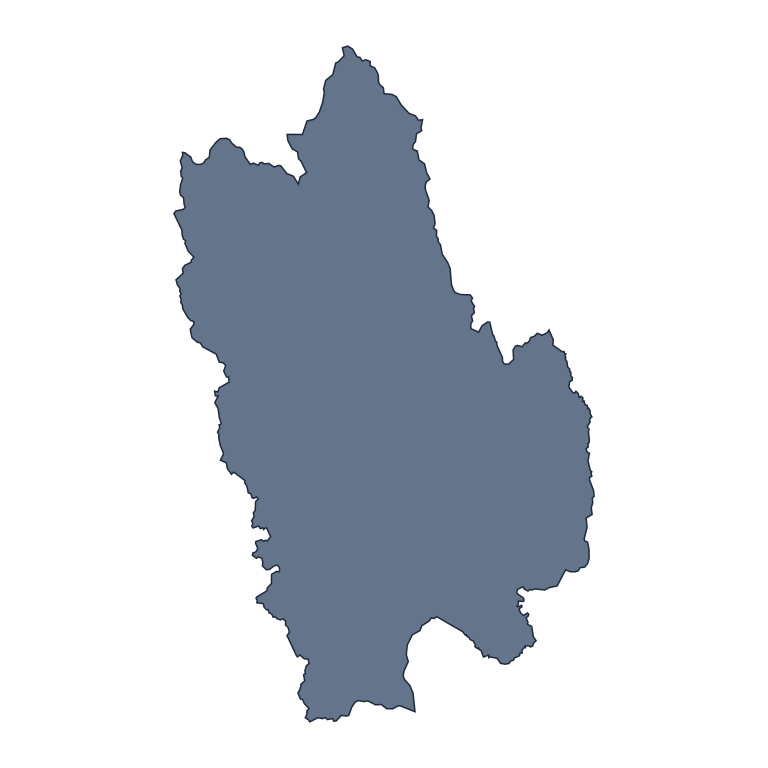 the district of Mariscal Caceres, San Martín, Peru
{"feature_id": "86281439B62722708065748", "entity_name": "Mariscal Caceres", "entity_type": "district", "adm_level": 2, "iso_a3": "PER", "parent_name": "Peru", "parent_adm1": "San Martín", "projection": "natural_earth1", "projection_center": [-77.093, -7.224], "detail": "fine", "context": "isolated", "style": "filled", "palette": "slate", "viewbox_px": 768, "rotation_deg": 0, "n_neighbors": 0, "source": "geoboundaries", "source_scale": "gbopen_adm2", "svg_char_len": 6107}
<svg xmlns="http://www.w3.org/2000/svg" viewBox="0 0 768 768"><path d="M552.9,345.2L553.3,339.8L549.0,329.9L547.4,332.6L542.2,335.2L537.3,333.3L534.3,336.3L530.7,337.5L529.1,341.4L527.2,343.1L525.3,342.8L522.2,346.7L517.3,345.4L515.3,346.2L513.1,349.9L513.6,359.5L508.6,364.1L505.2,364.1L503.8,363.6L502.5,360.9L502.4,357.3L497.2,346.0L496.6,341.9L495.4,341.1L494.0,336.0L492.7,334.6L489.8,322.2L487.8,321.9L482.2,325.6L478.6,332.1L470.9,328.7L470.8,323.7L472.6,321.0L471.4,315.8L474.3,312.8L473.6,308.5L474.6,306.5L471.2,301.1L472.5,298.0L470.2,294.9L460.3,294.5L455.4,292.6L453.7,290.6L451.5,284.6L450.1,268.3L447.6,262.4L442.3,254.3L440.4,244.6L438.1,241.7L438.2,238.7L436.5,236.5L436.6,230.3L433.5,228.1L435.1,223.7L434.1,215.3L431.6,210.4L428.0,206.8L429.2,200.4L425.4,189.6L425.2,185.7L426.3,182.0L430.0,179.0L426.7,172.8L424.5,163.8L419.0,159.9L417.3,151.1L413.1,149.3L412.7,148.1L413.2,144.3L415.5,141.6L416.5,133.8L421.7,130.8L421.0,127.6L422.6,119.6L418.6,120.3L415.4,115.8L409.1,113.4L401.1,104.8L396.3,96.7L392.0,94.4L384.0,93.7L383.4,87.8L380.0,85.0L378.5,81.7L378.4,75.7L377.5,72.9L374.6,67.8L370.1,65.7L370.2,61.5L366.1,59.8L362.1,60.8L359.9,57.4L357.0,56.8L352.7,49.2L347.8,46.1L342.4,47.8L344.2,55.7L338.3,61.9L335.7,63.0L332.8,74.6L325.7,80.4L323.5,89.3L324.3,92.2L322.7,102.2L319.3,112.2L315.9,117.5L313.8,119.3L307.0,121.0L302.4,134.5L287.1,134.4L287.9,140.6L292.0,148.7L297.6,152.0L298.5,158.7L301.0,161.2L306.6,172.6L300.2,176.9L298.3,184.1L293.4,176.2L286.9,173.6L280.7,165.7L278.4,165.4L274.1,167.0L268.6,163.4L264.2,163.9L261.9,162.4L259.7,163.0L258.3,165.4L253.5,163.1L250.3,164.3L245.2,157.1L243.5,151.1L241.8,148.7L239.5,147.2L236.5,147.3L231.4,142.7L229.9,139.9L226.7,138.3L220.2,138.7L216.1,142.2L210.0,150.1L209.3,157.4L205.6,159.9L203.6,163.0L200.4,164.5L195.7,164.2L192.5,161.7L190.8,157.1L184.8,152.7L182.4,152.4L182.9,154.7L180.3,161.1L182.2,167.8L180.7,171.0L181.2,176.2L182.7,178.0L180.5,185.0L179.7,191.6L180.5,195.0L183.5,197.8L184.2,204.9L185.3,207.1L183.4,209.3L175.8,211.0L173.9,213.6L181.9,230.0L182.2,235.4L183.6,239.3L185.6,240.6L184.9,243.4L188.3,251.3L193.9,257.2L191.4,260.1L190.9,262.4L184.7,265.4L182.4,268.8L183.1,273.3L176.0,279.8L177.3,284.7L180.0,288.5L179.8,291.6L181.1,293.6L179.9,296.0L181.2,299.4L180.7,302.5L182.4,304.7L182.8,308.9L188.0,317.8L190.9,320.6L194.0,321.6L193.7,324.7L190.2,329.2L192.0,337.7L197.5,342.4L200.2,342.8L202.9,347.0L216.3,354.2L219.2,362.1L223.4,363.0L225.7,365.6L223.7,371.1L226.5,377.0L228.5,376.8L229.1,382.1L219.3,387.7L217.8,391.9L214.6,391.1L215.4,395.9L218.2,395.9L214.8,402.6L218.1,408.5L219.3,417.6L221.2,423.0L221.0,424.1L219.1,424.8L219.7,428.0L217.5,432.2L219.0,434.7L218.7,437.7L220.2,445.2L223.6,453.6L220.4,460.3L226.3,462.8L227.4,468.5L231.4,474.3L233.9,472.2L245.0,480.6L244.7,482.5L246.9,486.3L248.3,492.9L250.9,493.8L252.2,497.9L253.9,498.4L256.4,496.9L258.3,498.8L255.6,501.5L255.2,510.6L253.4,512.6L254.0,516.8L251.6,520.7L252.9,523.6L251.8,526.1L253.0,528.0L258.7,526.0L260.2,528.6L262.7,527.8L263.7,529.6L265.4,527.9L266.8,528.2L270.6,536.7L267.3,540.8L265.3,540.3L263.8,541.3L261.4,539.7L255.9,541.5L255.6,543.5L257.8,548.5L255.8,551.9L252.8,553.0L252.4,555.3L256.4,558.3L258.2,557.0L261.7,558.2L262.8,562.0L262.4,565.9L266.4,569.8L269.6,569.4L274.0,566.0L277.1,565.1L279.0,566.9L279.8,570.0L279.1,571.8L276.7,571.3L271.5,574.4L271.5,583.4L267.4,587.8L266.6,591.0L256.7,597.0L256.0,598.3L257.2,600.2L256.9,602.8L263.4,603.6L264.0,607.1L266.4,609.7L268.1,609.8L269.1,612.9L271.8,614.1L273.1,617.2L275.4,616.7L276.7,618.5L280.3,619.9L282.9,618.8L285.5,621.0L285.6,625.2L288.0,627.3L289.4,632.3L287.0,635.6L296.6,655.9L297.7,656.9L300.0,655.0L304.2,658.8L308.3,659.2L308.9,663.7L306.3,665.8L304.9,670.7L305.3,673.3L303.6,674.7L304.7,680.9L301.0,684.1L300.2,689.0L297.9,693.0L300.4,699.0L302.5,699.5L304.5,703.8L309.0,708.5L306.9,710.9L306.9,714.0L305.3,717.8L308.5,719.8L309.7,721.9L317.9,717.7L322.6,718.6L325.5,717.6L327.3,719.6L332.5,718.6L333.8,721.2L336.1,721.0L341.4,715.4L346.7,716.1L348.8,715.3L351.8,707.1L355.4,701.8L358.5,700.6L364.3,701.6L367.9,700.9L375.5,704.8L381.2,704.5L386.7,708.7L392.8,708.8L398.0,705.9L400.5,706.0L415.0,711.7L413.0,692.8L409.7,685.3L404.8,679.9L403.2,676.3L403.8,671.6L408.3,661.5L406.3,654.9L407.3,644.9L412.4,634.7L420.0,630.6L421.8,625.7L429.0,621.2L431.5,617.8L434.1,618.6L436.7,616.7L462.7,631.7L465.4,635.2L466.6,634.8L467.1,636.6L469.0,637.5L470.0,639.5L473.3,641.0L475.4,645.0L474.9,646.6L477.2,648.4L478.6,648.0L478.9,649.3L481.1,650.6L483.5,657.0L488.7,655.1L488.8,657.7L490.3,656.9L497.2,658.4L500.6,663.4L505.1,664.2L509.0,663.5L510.8,660.9L513.3,660.4L514.4,658.0L519.5,655.7L520.2,652.6L522.1,653.1L522.0,650.3L524.3,647.4L525.4,647.7L525.4,645.7L529.6,646.0L530.3,647.0L532.8,646.0L533.3,643.6L536.1,640.7L533.4,636.8L531.7,626.4L527.6,624.4L527.9,622.1L526.1,617.9L528.3,616.0L528.7,614.1L527.4,613.0L523.6,615.5L520.6,612.9L519.3,609.9L519.5,608.5L521.9,606.9L521.7,605.3L517.8,606.8L517.0,606.2L518.3,604.3L518.5,601.1L523.2,601.5L524.1,600.3L523.4,598.0L517.3,593.7L516.8,591.6L517.7,589.3L523.1,586.8L524.3,589.2L528.0,591.0L529.9,589.4L532.0,590.0L535.0,588.9L544.8,590.0L548.3,587.9L557.2,585.9L565.6,569.8L570.0,571.7L575.0,571.8L578.0,571.0L580.1,567.7L584.7,567.1L587.5,563.8L589.1,558.5L589.0,549.4L587.6,542.2L584.7,540.9L584.2,538.8L587.1,527.3L586.1,518.1L592.1,514.5L591.3,507.6L592.7,502.9L592.3,497.9L594.1,496.3L593.6,490.7L589.5,479.8L589.6,477.3L591.8,476.4L591.0,472.7L591.8,471.8L590.3,470.3L588.0,461.0L589.4,453.2L587.6,452.5L586.0,448.8L588.3,446.8L587.8,443.7L588.8,443.2L589.4,440.4L588.4,431.7L589.1,429.3L587.2,426.7L590.2,421.8L589.6,420.5L590.3,418.0L591.9,417.1L590.1,413.6L590.1,410.8L588.6,408.1L587.5,408.6L587.3,405.5L585.0,404.6L584.0,400.9L582.6,401.5L582.9,397.9L581.3,396.3L579.2,397.3L578.2,393.6L575.9,391.2L574.9,392.8L573.0,392.7L568.9,387.2L569.6,381.7L572.1,380.5L572.4,377.6L570.9,375.8L570.8,372.2L569.5,371.2L569.8,369.3L567.7,367.0L566.9,361.5L565.0,358.5L565.9,357.6L565.1,356.0L565.7,354.0L564.9,354.2L564.0,351.5L562.4,351.8L552.9,345.2Z" fill="#64748b" stroke="#1e293b" stroke-width="1.5"/></svg>